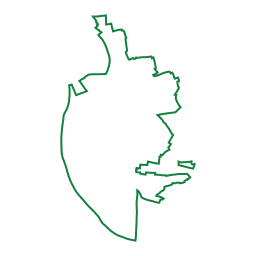 Hung Yen, Hưng Yên, Vietnam (orthographic projection)
{"feature_id": "81297802B83594447255", "entity_name": "Hung Yen", "entity_type": "district", "adm_level": 2, "iso_a3": "VNM", "parent_name": "Vietnam", "parent_adm1": "Hưng Yên", "projection": "orthographic", "projection_center": [106.072, 20.66], "detail": "fine", "context": "isolated", "style": "outline", "palette": "green", "viewbox_px": 256, "rotation_deg": 0, "n_neighbors": 0, "source": "geoboundaries", "source_scale": "gbopen_adm2", "svg_char_len": 5687}
<svg xmlns="http://www.w3.org/2000/svg" viewBox="0 0 256 256"><path d="M91.1,208.7L94.4,212.0L96.6,214.5L98.8,217.0L99.2,217.8L99.7,218.7L100.3,219.8L101.4,221.7L102.6,223.3L105.7,226.1L108.5,228.8L111.2,231.2L115.4,234.0L118.5,235.6L123.1,237.2L126.5,238.6L129.5,239.4L135.4,240.6L135.6,238.9L135.9,236.7L136.0,234.2L136.1,231.4L136.4,226.2L136.7,216.6L136.9,211.7L136.9,210.0L136.7,208.7L136.7,207.1L136.6,204.3L136.6,202.0L136.7,200.7L137.1,197.7L137.4,194.8L137.3,193.6L137.3,190.4L137.9,190.9L138.3,191.2L138.6,191.5L139.3,192.5L139.9,193.4L140.4,194.5L140.7,195.2L141.2,196.6L141.6,197.3L142.4,197.9L144.3,198.8L145.9,199.4L147.3,199.9L153.0,201.3L155.8,202.2L158.0,202.6L158.6,202.8L159.0,202.8L159.2,202.6L160.4,199.8L160.7,199.6L161.1,199.6L162.1,199.6L162.5,199.5L162.8,199.4L163.6,198.6L162.4,197.9L161.1,197.2L159.5,196.6L157.6,196.2L156.4,195.8L156.8,195.2L156.7,195.1L156.8,194.9L157.6,194.3L159.0,193.4L159.6,193.2L159.9,192.6L160.1,192.4L160.3,192.1L160.7,191.8L160.9,191.7L161.4,191.4L162.4,190.8L163.5,190.1L164.0,189.7L164.2,189.4L164.3,189.1L164.5,188.2L164.5,187.7L164.3,187.1L165.2,186.6L165.4,186.5L166.2,186.2L168.3,185.8L171.2,184.9L171.9,184.6L172.5,183.0L174.1,183.2L175.5,183.3L176.8,182.7L179.8,182.7L180.1,183.3L182.4,182.9L184.2,182.3L184.5,182.1L184.3,181.6L184.3,181.4L185.5,180.4L187.3,179.2L187.5,179.1L187.8,179.5L190.2,177.4L189.5,176.5L188.1,175.0L187.1,173.9L181.6,174.0L178.2,174.1L177.3,174.2L176.3,174.4L174.1,174.6L171.8,174.8L171.0,175.0L169.5,175.3L167.6,175.6L166.4,176.0L165.9,175.3L164.4,175.3L162.6,175.3L161.2,175.2L160.2,174.9L157.8,174.8L156.3,174.7L155.1,174.6L155.1,173.4L155.2,172.9L152.0,172.9L149.2,172.7L146.0,172.5L145.5,174.6L140.3,173.8L140.1,172.4L137.2,172.3L136.2,172.1L136.1,170.8L136.1,169.6L136.5,169.5L137.0,169.4L136.5,168.0L136.6,167.9L137.0,168.0L137.8,168.1L138.7,168.3L139.9,168.4L140.2,165.2L140.3,164.7L140.9,164.7L147.3,165.0L148.0,161.6L153.3,162.8L155.7,163.3L158.8,163.7L159.3,158.9L159.5,157.2L159.5,156.7L160.7,156.7L160.8,154.7L162.2,155.0L162.5,155.1L162.7,154.8L164.5,152.9L165.7,151.7L167.0,150.9L168.6,150.1L169.5,149.7L168.3,147.3L169.8,145.7L170.9,144.1L168.7,142.6L170.1,140.1L173.1,135.1L171.9,133.9L170.2,130.9L168.8,128.5L168.1,127.5L166.8,125.7L166.2,124.8L166.1,124.6L165.9,124.2L165.8,123.8L165.6,123.6L164.9,123.2L163.8,122.4L163.6,122.2L163.4,121.9L163.1,121.4L162.8,120.6L162.7,120.4L162.5,120.2L162.0,119.6L160.9,118.4L159.9,117.4L157.6,115.0L162.9,114.0L167.7,113.3L173.6,112.5L175.5,112.2L180.5,107.2L179.8,106.2L178.6,104.5L177.6,102.8L176.9,101.4L176.5,100.6L176.3,99.9L176.0,99.0L175.8,98.3L175.8,97.6L175.9,96.6L176.1,95.5L176.3,95.0L175.7,94.8L174.8,94.7L176.1,92.7L177.8,90.0L178.6,88.6L179.0,87.8L178.7,87.3L178.6,87.0L178.3,86.7L178.1,86.4L178.0,86.1L177.8,84.8L177.4,83.0L177.3,82.2L177.3,81.8L177.4,81.6L177.5,81.6L178.9,81.2L178.7,79.7L178.5,78.6L178.0,77.5L177.1,77.7L174.9,78.7L174.3,77.4L173.7,75.8L173.1,74.2L172.3,72.7L170.6,73.4L170.4,72.9L170.0,72.2L169.8,71.9L169.4,71.7L168.9,71.7L167.7,71.9L166.1,72.2L164.2,72.8L163.3,73.1L162.0,73.6L160.2,74.4L157.8,75.3L155.1,76.1L154.2,76.2L153.8,75.9L153.6,75.1L153.4,74.9L154.9,74.2L157.0,72.9L157.6,72.5L157.2,71.9L154.6,68.8L155.8,68.1L155.7,67.7L155.5,66.5L155.2,64.6L155.0,63.5L154.7,62.2L154.2,60.1L153.4,57.5L151.9,58.3L151.4,56.5L148.4,56.9L145.1,57.2L143.7,57.2L140.9,57.3L139.4,57.7L136.1,57.6L136.2,58.3L133.9,59.1L133.4,58.4L133.1,58.1L132.7,58.2L132.2,58.3L130.9,58.9L129.6,59.6L129.2,59.6L128.9,59.6L128.7,59.4L127.5,56.7L126.2,53.7L125.9,52.6L125.8,52.3L125.8,52.1L126.6,51.4L126.9,51.1L127.1,50.7L127.1,50.3L126.6,47.5L126.2,44.0L125.7,40.9L125.6,39.2L125.5,38.4L126.0,38.1L126.3,37.9L126.3,37.7L126.1,37.4L125.8,36.6L125.5,36.1L125.2,35.1L125.0,34.5L125.1,34.1L125.1,33.8L124.9,33.6L124.6,33.4L124.5,33.1L124.4,32.3L124.3,31.5L124.0,31.1L123.7,30.9L123.3,30.7L121.7,30.5L121.7,29.6L121.0,29.7L119.8,29.7L118.7,29.8L117.0,30.2L115.3,30.7L113.1,31.4L112.1,27.7L111.2,23.7L107.1,24.4L106.1,24.5L106.0,21.3L105.9,17.7L105.9,15.4L103.8,15.7L100.9,16.0L97.8,16.4L96.6,16.5L94.8,16.5L94.2,16.5L93.0,16.5L94.2,18.3L95.5,19.7L96.4,21.1L95.9,21.8L98.0,24.2L96.9,25.1L97.5,25.9L95.5,27.8L98.9,30.4L101.4,32.3L98.4,34.9L99.7,36.4L100.5,37.4L102.0,39.2L102.8,40.2L103.4,41.3L104.1,42.5L105.5,45.4L106.1,47.0L106.7,48.6L107.9,52.2L108.5,53.9L108.9,55.2L109.2,56.3L109.5,57.5L109.6,59.0L109.7,59.8L109.7,61.0L109.5,62.8L109.1,65.2L108.9,66.3L108.3,68.0L107.8,69.6L107.5,70.6L106.7,72.0L106.1,73.4L105.8,74.0L102.5,74.1L99.2,74.2L94.9,74.2L92.4,74.3L88.6,74.6L86.4,76.1L84.8,77.2L84.3,78.0L84.0,78.2L83.6,78.5L82.5,78.9L81.2,79.7L79.4,80.9L81.4,83.5L82.4,85.1L84.1,87.5L86.2,90.4L86.8,91.2L83.8,92.3L81.5,93.2L78.4,94.3L76.1,95.1L71.7,84.6L69.1,85.4L69.5,88.5L69.6,91.9L69.5,96.3L69.2,98.9L69.1,100.5L69.0,101.3L68.7,102.9L68.2,105.2L67.9,106.1L67.5,107.2L66.3,110.1L65.7,111.1L65.2,112.0L64.7,113.0L64.3,113.8L63.9,114.6L63.6,115.9L63.3,119.5L62.5,124.6L61.9,130.4L61.5,134.5L61.3,138.5L61.3,143.2L61.4,143.4L61.4,146.2L61.4,147.6L61.5,148.6L61.6,150.0L61.6,151.3L61.7,152.7L61.9,154.0L62.1,155.2L62.5,157.2L63.9,160.9L65.4,165.1L65.5,165.5L66.6,168.9L67.9,173.7L68.9,176.8L70.3,180.5L72.1,184.4L72.6,185.2L74.7,189.3L76.4,192.0L77.8,193.8L80.9,197.4L85.0,202.0L87.8,205.4L91.1,208.7ZM191.5,161.4L188.3,162.0L185.2,162.2L183.3,162.2L182.8,162.2L182.1,162.4L181.4,162.4L180.8,162.4L178.5,161.6L178.6,164.5L178.6,165.1L179.2,165.2L184.3,166.5L188.3,167.5L192.3,168.5L193.1,168.5L193.6,167.4L194.4,165.0L194.7,164.2L194.5,163.9L194.3,163.9L194.1,164.0L193.7,164.3L193.3,164.4L192.7,164.5L192.4,164.4L192.1,164.3L191.9,164.1L191.5,163.5L191.4,163.1L191.4,162.4L191.5,161.4Z" fill="none" stroke="#15803d" stroke-width="2"/></svg>